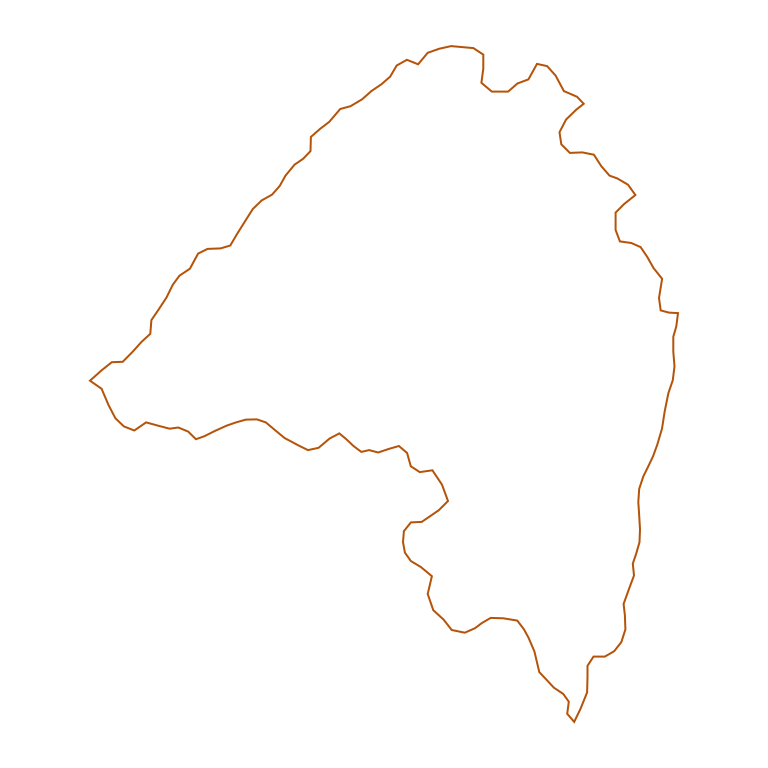 outline of Camacho, Minas Gerais, Brazil
{"feature_id": "56859067B97694882575280", "entity_name": "Camacho", "entity_type": "district", "adm_level": 2, "iso_a3": "BRA", "parent_name": "Brazil", "parent_adm1": "Minas Gerais", "projection": "equal_earth", "projection_center": [-45.134, -20.652], "detail": "fine", "context": "isolated", "style": "outline", "palette": "amber", "viewbox_px": 768, "rotation_deg": 0, "n_neighbors": 0, "source": "geoboundaries", "source_scale": "gbopen_adm2", "svg_char_len": 2287}
<svg xmlns="http://www.w3.org/2000/svg" viewBox="0 0 768 768"><path d="M678.0,313.1L668.9,312.6L660.7,310.4L659.0,298.0L662.1,278.8L653.5,268.0L647.3,257.0L640.6,247.1L631.3,243.0L619.9,241.4L615.6,230.0L615.6,212.6L623.8,204.3L635.4,195.0L628.0,184.7L617.2,178.4L609.5,175.6L601.3,166.2L593.9,154.7L582.3,152.4L569.9,152.9L561.3,144.3L559.5,132.2L566.1,119.5L576.3,109.6L583.7,103.8L577.1,96.8L563.9,91.1L555.6,75.6L547.1,66.1L537.0,63.9L528.4,79.4L517.4,83.5L508.1,91.6L491.8,91.6L481.4,82.8L483.3,68.6L483.3,54.6L473.4,48.1L451.1,46.1L439.0,48.8L427.7,52.8L418.1,64.3L406.9,59.8L396.7,65.5L390.1,76.7L381.5,84.2L371.6,90.9L362.1,99.3L350.5,106.2L340.2,109.0L329.3,121.8L320.4,128.6L310.9,136.9L310.5,151.1L303.1,158.8L294.6,164.6L285.5,175.6L279.8,185.8L272.1,194.6L261.7,200.4L252.8,209.0L245.4,220.7L236.5,234.9L230.3,245.5L220.6,248.4L207.5,248.9L198.1,253.6L189.9,268.7L179.4,275.7L172.7,284.9L166.5,297.5L158.5,309.7L151.4,320.1L150.3,333.8L141.5,341.9L132.6,351.8L122.7,361.8L111.8,362.2L101.6,370.3L90.0,380.7L101.6,388.8L108.5,405.0L115.4,418.3L123.9,426.4L134.3,430.5L146.1,422.4L159.3,426.0L169.7,428.7L178.3,427.5L188.2,431.6L195.9,439.2L204.2,436.3L214.6,431.1L226.5,425.7L236.0,422.4L245.9,419.6L257.0,419.4L265.8,422.4L276.2,431.1L284.7,438.1L298.8,445.6L308.0,450.1L318.6,447.8L329.5,438.6L339.3,433.4L346.3,439.2L353.5,446.0L361.3,451.9L369.1,450.1L378.2,452.5L388.9,448.9L398.9,446.0L407.1,453.0L410.8,466.3L419.8,472.1L432.4,470.3L442.0,484.7L448.0,501.0L438.8,510.2L430.2,516.1L421.7,521.9L410.9,522.4L403.9,531.2L403.0,542.2L404.9,552.6L410.9,561.1L420.8,567.0L431.9,576.2L427.7,594.0L433.3,610.2L443.7,619.7L451.7,630.0L464.8,632.7L475.0,628.2L481.9,623.0L490.7,617.9L503.4,618.3L517.3,620.6L524.0,629.4L528.6,637.9L534.4,651.4L539.3,672.1L547.4,680.7L553.9,687.7L563.3,694.0L568.8,701.7L567.2,713.8L574.2,721.9L580.6,708.6L587.1,692.4L587.5,677.3L587.5,665.8L593.5,656.6L604.8,656.6L614.2,651.2L621.4,642.0L625.4,629.4L624.9,615.4L623.6,603.9L628.8,589.5L634.0,575.5L632.8,563.6L636.2,553.7L639.5,542.2L640.0,529.3L639.2,515.6L638.3,502.1L639.2,488.8L643.4,476.2L648.3,466.3L653.0,456.4L657.2,444.9L662.0,428.7L664.7,411.3L668.4,393.1L672.8,380.2L674.5,366.3L673.3,351.8L673.3,336.7L676.3,326.4L678.0,313.1Z" fill="none" stroke="#b45309" stroke-width="2"/></svg>